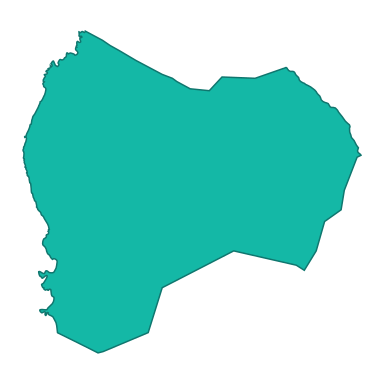 outline of Coubaril, Castries, Saint Lucia
{"feature_id": "8701671B79808617109773", "entity_name": "Coubaril", "entity_type": "district", "adm_level": 2, "iso_a3": "LCA", "parent_name": "Saint Lucia", "parent_adm1": "Castries", "projection": "mercator", "projection_center": [-61.013, 14.002], "detail": "fine", "context": "isolated", "style": "filled", "palette": "teal", "viewbox_px": 384, "rotation_deg": 0, "n_neighbors": 0, "source": "geoboundaries", "source_scale": "gbopen_adm2", "svg_char_len": 5490}
<svg xmlns="http://www.w3.org/2000/svg" viewBox="0 0 384 384"><path d="M85.3,31.1L85.2,31.7L84.7,32.2L84.3,32.5L83.8,32.3L83.3,31.9L82.6,31.6L82.2,31.5L81.9,31.6L80.8,32.4L80.0,32.8L79.7,32.7L79.7,32.3L79.5,32.1L79.0,31.9L79.0,32.5L79.2,34.3L79.0,35.9L79.4,36.3L79.9,36.3L81.2,36.2L81.6,36.4L81.8,36.8L81.9,37.1L81.7,37.3L81.1,37.6L80.6,37.8L80.1,37.7L79.9,37.9L79.9,39.1L80.0,39.8L80.5,40.6L80.7,41.7L80.6,42.0L80.2,42.3L79.7,42.5L78.6,42.1L77.9,41.5L77.5,41.4L76.9,42.0L76.8,42.5L76.8,44.2L77.0,45.2L76.4,45.9L76.3,46.1L76.2,46.5L76.6,47.0L76.1,47.0L75.7,48.1L75.6,48.5L75.6,49.3L76.1,50.3L76.5,50.6L77.4,51.5L77.7,52.2L77.9,52.8L77.7,53.2L77.1,54.3L75.6,55.1L75.1,55.2L74.7,55.0L74.4,54.5L74.1,54.2L73.0,53.7L70.6,53.0L70.0,53.1L68.3,53.8L67.9,53.6L67.7,53.2L67.3,52.9L66.8,53.0L66.7,53.2L66.4,54.4L66.4,55.7L66.2,56.4L65.8,57.1L65.6,57.2L64.5,57.9L64.1,58.7L63.7,59.2L62.8,59.8L61.8,60.0L61.4,59.8L60.2,59.5L59.8,59.7L59.3,60.3L58.5,61.7L58.2,62.4L58.1,62.8L58.2,63.4L58.8,64.3L58.9,64.7L58.7,65.2L58.0,66.1L57.6,66.5L57.2,66.5L56.4,66.0L55.4,65.3L54.9,64.3L54.5,63.3L53.8,61.7L53.5,61.1L52.9,61.2L52.5,61.4L51.4,63.0L51.0,63.6L51.8,64.6L52.0,65.2L52.0,65.7L51.8,66.3L51.3,66.8L50.7,66.3L50.4,65.9L50.4,67.1L49.9,68.0L48.9,68.6L48.7,68.4L48.0,68.8L48.2,69.4L48.7,69.5L48.4,69.9L48.1,70.2L47.5,70.3L47.0,70.3L46.3,70.9L46.1,71.2L46.0,71.4L46.1,71.7L46.3,71.9L46.7,71.9L47.1,72.1L47.4,72.7L47.4,73.1L47.0,73.7L46.6,74.1L44.9,74.4L44.5,74.6L44.3,74.8L45.3,76.0L45.3,76.6L45.1,76.9L44.7,77.3L44.2,78.0L44.2,78.4L43.9,78.7L43.3,79.8L43.2,81.2L43.4,81.4L44.0,81.7L44.3,81.9L43.7,82.4L43.1,83.2L42.9,83.7L42.9,84.0L43.5,85.0L43.7,86.4L44.0,86.9L44.4,87.1L45.4,87.9L45.8,88.6L45.9,89.6L45.7,90.5L45.5,91.6L45.3,92.7L45.0,93.5L44.6,94.9L43.9,96.1L42.7,98.8L41.6,100.7L41.3,101.1L40.5,101.6L40.0,102.0L40.1,103.0L39.7,103.6L39.3,104.8L38.9,105.4L38.3,107.1L34.8,113.9L33.6,115.5L33.1,116.2L32.6,117.3L32.6,117.9L31.8,120.2L31.3,123.9L31.1,124.3L30.4,124.4L30.2,124.7L29.9,125.7L29.9,126.1L29.4,127.9L28.3,130.6L27.0,133.2L26.4,134.6L26.3,135.7L25.6,136.2L24.8,136.5L24.6,136.9L24.8,137.4L25.4,137.1L25.8,136.7L26.1,137.1L26.5,138.6L26.1,140.6L25.8,141.9L25.1,143.3L24.7,144.8L24.5,145.8L23.9,146.6L23.6,147.3L23.6,148.5L23.0,150.0L23.2,151.1L23.7,151.7L24.0,153.5L23.8,156.4L23.4,157.9L23.5,158.2L24.3,158.7L24.4,159.4L23.9,159.9L24.4,161.5L24.2,162.3L24.7,163.7L25.4,165.3L25.4,166.0L25.0,167.0L25.1,167.3L25.9,167.5L26.0,168.0L25.8,168.8L26.8,170.6L27.1,171.9L27.2,172.4L26.6,172.7L26.6,173.0L27.1,173.2L27.2,174.2L27.3,175.5L27.9,176.1L28.1,176.0L28.8,177.1L29.2,178.4L29.2,179.8L29.4,180.5L29.7,182.4L29.8,182.8L30.4,183.2L30.7,183.8L31.2,188.6L31.3,191.0L31.5,192.5L31.9,193.2L32.5,193.5L33.3,197.4L33.9,198.4L34.3,199.6L34.6,200.7L35.8,201.7L35.9,202.1L36.6,205.1L36.7,206.5L36.5,207.0L37.2,207.8L37.5,208.5L37.8,209.4L38.6,210.5L40.2,211.9L40.8,212.8L41.1,214.1L41.5,215.0L42.2,215.5L43.0,216.2L43.6,217.0L43.9,217.5L44.2,218.4L46.9,222.8L47.6,224.0L48.5,226.2L48.7,227.4L49.3,229.2L49.1,229.3L48.7,229.3L48.5,229.6L48.8,230.1L48.7,230.3L48.4,230.9L48.1,231.2L48.5,231.4L48.6,232.3L48.5,233.4L47.9,234.2L47.3,234.5L46.5,234.8L46.2,235.7L46.4,236.4L46.0,237.5L45.1,238.1L43.7,239.0L42.9,241.1L42.6,243.5L42.9,244.9L45.2,247.2L45.4,247.6L46.3,249.4L46.6,251.2L47.4,253.2L48.3,254.4L49.2,254.9L49.7,255.5L50.7,257.5L51.9,258.9L52.2,259.1L52.6,259.4L53.5,258.7L54.2,258.7L55.3,259.1L56.5,259.9L57.1,261.0L57.1,262.2L56.6,265.7L56.1,268.1L54.3,271.5L53.6,272.4L52.7,272.7L51.8,272.8L50.8,272.8L49.6,272.6L48.7,272.2L47.5,271.1L46.5,270.8L45.9,270.9L45.5,271.3L44.8,272.9L44.3,273.5L43.5,273.5L42.8,273.3L39.9,271.6L39.2,271.5L38.7,271.7L38.7,272.5L39.2,274.7L39.9,276.1L40.6,276.5L41.4,277.1L41.9,278.0L42.5,278.2L43.7,277.4L45.2,276.1L45.9,275.7L46.5,275.5L47.0,275.7L47.2,276.3L46.9,277.3L46.0,279.1L43.6,283.0L43.3,283.3L41.7,284.3L41.6,284.7L41.9,285.7L42.5,287.1L43.1,287.8L43.8,287.8L43.9,289.0L44.1,289.3L45.3,290.1L47.1,289.5L47.5,289.6L47.7,290.1L48.2,290.3L48.6,290.2L48.7,289.8L49.3,289.2L50.0,289.2L50.8,289.7L51.4,294.5L51.9,295.9L53.8,297.2L54.0,297.8L53.9,299.7L53.4,301.7L52.3,303.7L48.0,307.9L47.0,309.6L46.7,309.7L45.4,309.8L42.1,309.5L40.8,309.6L40.0,309.8L39.8,310.6L40.3,311.6L41.5,312.7L42.4,312.7L43.5,312.1L44.5,311.8L45.5,312.4L45.3,313.3L45.0,313.9L45.1,314.6L45.5,315.4L45.9,315.4L46.3,314.8L46.7,313.4L47.1,312.8L47.6,312.5L48.1,312.6L48.1,312.9L48.4,314.3L49.4,315.0L50.9,315.6L52.3,316.4L53.1,317.1L56.0,322.6L56.3,323.9L56.7,325.7L57.5,332.6L57.8,332.9L83.1,345.4L98.0,352.9L103.1,351.6L148.2,332.6L162.2,287.7L233.7,250.9L296.3,265.2L304.3,270.3L316.2,250.9L324.6,221.5L341.1,209.8L344.3,190.3L357.1,157.2L361.0,155.3L360.6,154.5L358.1,152.5L357.5,150.9L358.4,147.8L356.4,145.1L354.1,140.6L351.4,137.4L350.8,134.9L349.7,132.1L349.5,128.0L350.0,126.9L349.9,126.2L349.4,124.8L347.6,123.3L345.3,121.1L342.2,116.7L338.6,112.2L337.5,110.2L335.4,108.0L333.5,107.5L331.2,107.4L330.2,106.9L328.2,103.6L326.8,103.0L324.8,102.4L322.8,101.4L321.2,99.8L320.7,98.1L319.8,96.1L317.6,93.9L317.0,93.1L316.2,91.7L314.8,90.1L312.9,88.6L310.6,86.9L307.6,85.3L305.6,84.4L304.5,83.4L302.7,82.7L300.7,81.5L299.4,80.2L298.6,77.6L297.8,76.7L296.7,75.7L295.8,74.7L295.4,74.0L294.7,72.5L293.7,71.6L292.0,71.3L290.7,71.5L288.8,70.6L287.6,69.2L287.0,68.1L286.0,67.5L283.7,68.4L282.5,68.7L282.1,68.9L255.1,78.3L222.0,77.0L209.3,90.7L190.2,88.8L176.9,81.6L172.4,78.3L162.2,74.4L136.2,60.6L119.6,50.8L110.1,45.5L102.5,40.3L85.3,31.1Z" fill="#14b8a6" stroke="#0f766e" stroke-width="1.5"/></svg>